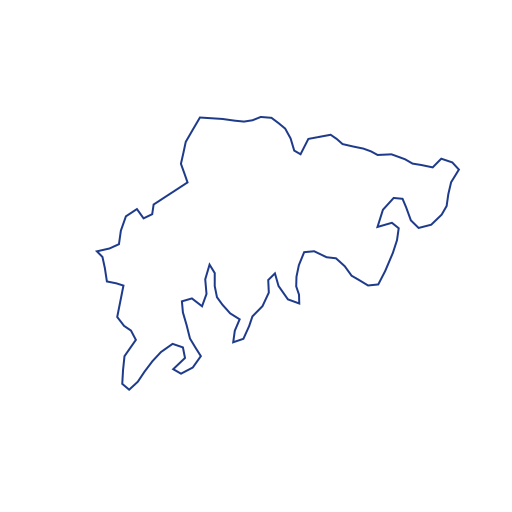 Flor do Sertão, Santa Catarina, Brazil (Equal Earth projection), rotated 210°
{"feature_id": "56859067B9215522088689", "entity_name": "Flor do Sertão", "entity_type": "district", "adm_level": 2, "iso_a3": "BRA", "parent_name": "Brazil", "parent_adm1": "Santa Catarina", "projection": "equal_earth", "projection_center": [-53.343, -26.756], "detail": "fine", "context": "isolated", "style": "outline", "palette": "blue", "viewbox_px": 512, "rotation_deg": 210, "n_neighbors": 0, "source": "geoboundaries", "source_scale": "gbopen_adm2", "svg_char_len": 1674}
<svg xmlns="http://www.w3.org/2000/svg" viewBox="0 0 512 512"><g transform="rotate(210 256 256)"><path d="M123.5,432.3L132.8,435.2L144.2,432.9L147.3,421.1L158.5,417.4L166.6,414.3L175.3,414.3L189.5,411.8L201.2,404.3L208.8,404.1L216.7,402.7L226.9,399.3L237.0,396.2L244.4,397.7L252.0,398.3L269.2,383.6L268.3,366.4L275.6,366.4L284.8,375.1L294.4,380.9L302.6,382.3L311.7,383.4L321.4,378.8L326.9,371.8L333.6,366.4L342.0,362.6L353.6,357.9L373.8,347.9L373.9,334.0L373.9,319.7L370.4,308.9L367.1,298.3L360.0,292.3L352.1,285.5L370.4,249.4L366.8,240.3L372.2,232.4L382.6,237.1L388.5,225.3L385.7,210.4L380.6,197.7L386.7,189.2L396.1,180.5L388.5,178.4L380.8,169.9L372.4,159.4L363.3,162.5L356.0,164.1L345.7,133.8L335.3,129.5L327.0,128.9L318.1,123.3L319.8,103.5L314.1,90.7L307.9,78.4L299.0,76.8L295.5,88.0L294.7,100.2L293.1,113.1L290.3,125.3L284.3,138.2L273.6,140.3L266.5,132.2L271.1,116.6L262.1,116.6L255.0,127.8L253.7,141.7L262.1,146.1L271.9,151.5L281.5,161.4L291.1,170.6L297.5,179.7L290.3,187.2L277.6,185.5L279.9,198.4L288.3,210.4L291.9,225.3L283.2,220.6L276.7,209.3L269.2,200.8L260.9,197.1L249.7,193.4L238.5,193.0L237.0,180.7L232.6,169.9L225.5,178.0L226.9,191.9L228.9,201.9L225.3,215.8L226.6,230.7L233.4,241.3L230.9,250.4L221.5,241.3L206.7,234.4L194.8,236.5L199.4,244.0L206.0,249.8L210.6,258.3L214.3,269.5L216.2,283.4L208.0,289.2L194.3,290.2L185.6,294.0L174.0,291.5L163.3,286.7L154.2,286.7L144.2,286.5L135.9,292.5L136.6,307.5L139.0,327.0L141.8,340.2L146.3,351.4L154.9,352.7L165.3,341.9L169.2,359.5L165.8,375.1L157.7,378.8L150.3,373.2L139.7,364.3L129.2,361.6L119.9,370.7L115.9,384.6L115.9,394.6L120.4,405.8L123.9,417.4L123.5,432.3Z" fill="none" stroke="#1e3a8a" stroke-width="2"/></g></svg>